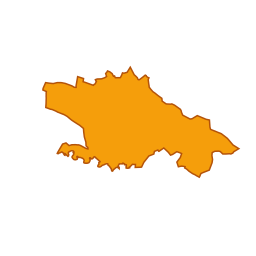 Malam Madori, Jigawa, Nigeria (orthographic projection), rotated 49°
{"feature_id": "59680162B52658055469559", "entity_name": "Malam Madori", "entity_type": "district", "adm_level": 2, "iso_a3": "NGA", "parent_name": "Nigeria", "parent_adm1": "Jigawa", "projection": "orthographic", "projection_center": [9.967, 12.523], "detail": "fine", "context": "isolated", "style": "filled", "palette": "amber", "viewbox_px": 256, "rotation_deg": 49, "n_neighbors": 0, "source": "geoboundaries", "source_scale": "gbopen_adm2", "svg_char_len": 5719}
<svg xmlns="http://www.w3.org/2000/svg" viewBox="0 0 256 256"><g transform="rotate(49 128 128)"><path d="M83.6,86.4L85.4,92.1L84.0,95.1L82.8,96.0L83.2,96.8L83.8,97.8L84.9,100.5L84.9,100.9L84.8,101.0L81.7,104.6L79.9,104.0L79.4,105.0L76.6,104.3L73.6,104.9L71.5,106.0L72.0,107.4L72.2,109.1L75.1,110.4L74.8,112.5L73.5,115.8L70.8,119.1L70.1,120.9L70.1,121.0L70.9,121.1L71.3,121.3L72.0,121.2L72.3,122.0L72.8,122.7L72.8,123.2L73.2,124.3L73.0,124.7L72.9,124.9L72.9,125.3L73.1,126.1L66.0,130.1L63.6,131.5L61.5,129.1L56.2,132.3L58.1,134.6L62.0,139.4L63.3,140.5L62.7,141.2L61.7,142.0L60.5,142.3L59.2,142.8L53.2,146.1L50.1,148.5L47.4,151.5L45.4,155.3L42.4,158.1L39.7,160.4L42.4,166.1L43.5,167.3L46.9,165.7L48.0,166.9L49.1,167.8L50.4,169.0L51.9,170.2L53.5,171.7L55.8,173.8L58.6,176.6L60.7,175.4L62.8,174.3L64.3,173.1L67.8,171.4L70.2,170.5L76.1,167.4L79.3,166.3L83.8,165.6L85.3,165.3L87.9,164.6L92.0,163.4L94.2,162.7L99.1,161.9L101.9,164.0L106.1,166.8L111.1,169.1L113.9,171.3L114.8,171.3L116.2,171.1L116.8,171.3L117.5,172.0L115.7,173.2L110.1,175.3L108.5,176.2L107.7,177.1L106.1,178.6L103.8,181.4L102.6,184.0L98.6,184.6L97.2,187.9L100.3,197.1L100.8,198.1L101.3,197.8L101.7,197.3L101.6,196.9L101.7,196.5L102.0,195.9L102.2,195.2L102.4,194.4L102.5,194.0L102.7,193.6L103.3,193.5L103.7,193.3L104.2,193.2L105.0,193.5L105.8,193.6L106.8,193.7L107.3,193.5L107.2,193.2L106.8,193.2L106.8,192.9L106.4,192.6L106.2,192.6L106.1,193.1L105.7,193.0L105.7,192.5L106.3,192.2L107.1,192.2L108.3,192.1L109.2,192.0L110.0,191.9L110.0,191.2L109.7,190.8L109.1,190.1L108.6,190.0L108.1,189.7L107.7,189.5L107.3,189.0L107.2,188.5L107.3,187.9L107.6,187.6L107.6,187.2L107.6,186.7L107.8,186.3L108.0,185.7L108.4,185.1L109.0,184.7L109.6,184.3L110.6,184.5L110.4,185.4L110.8,185.6L111.5,185.4L112.0,185.9L112.5,187.0L112.6,188.0L113.0,189.1L113.5,189.5L114.0,189.6L114.4,189.6L114.7,189.6L115.0,189.6L116.0,189.6L116.3,189.5L116.6,189.3L117.4,188.7L117.6,188.3L117.8,187.9L118.0,187.6L118.1,187.3L118.2,187.0L118.2,186.8L118.1,186.6L118.0,186.4L117.8,186.3L117.4,185.9L117.1,185.8L116.8,185.7L116.6,185.7L116.3,185.6L116.1,185.4L116.0,185.2L116.1,184.9L116.6,184.6L116.8,184.6L117.0,184.7L117.4,184.7L117.6,184.6L117.8,184.6L118.0,184.4L118.2,184.1L118.4,183.9L118.5,183.7L119.0,183.3L119.3,183.1L119.6,182.9L119.9,182.8L120.3,182.6L120.7,182.3L121.1,182.2L121.5,182.0L121.9,182.0L122.3,182.0L122.6,182.0L123.0,182.1L123.6,182.3L123.8,182.4L123.9,182.6L124.0,182.8L124.5,183.5L125.0,184.0L125.4,184.1L126.1,183.7L126.5,183.4L126.6,183.2L127.0,182.8L127.4,182.4L127.8,181.9L128.2,181.1L128.5,180.4L128.5,180.1L128.4,179.8L128.3,179.4L128.2,179.2L127.9,178.4L127.7,178.0L127.4,177.7L127.0,177.4L126.8,177.2L126.4,177.1L126.0,177.1L125.7,176.9L125.4,176.6L125.4,176.4L125.6,176.2L125.9,175.9L126.0,175.9L126.3,176.1L126.6,176.0L126.9,176.0L127.3,175.9L127.4,175.7L127.7,175.5L127.9,174.8L127.9,174.5L127.8,174.0L127.7,173.8L127.6,173.5L127.5,173.2L127.5,172.8L127.6,172.6L127.7,172.3L127.8,172.0L128.1,171.9L128.5,172.0L129.1,172.1L129.4,171.9L129.8,171.7L130.2,171.7L130.5,171.7L131.5,171.6L133.7,171.3L134.4,171.2L134.9,171.1L135.1,171.2L135.2,171.5L135.0,171.9L134.9,172.6L135.1,172.9L135.4,173.1L135.7,173.3L136.0,173.5L136.3,173.9L136.3,174.3L136.3,174.6L136.6,175.3L136.9,175.7L137.3,176.0L137.6,175.8L138.2,175.6L138.6,175.3L138.9,174.8L139.2,174.2L139.3,173.5L139.3,172.2L139.4,171.6L139.7,171.0L139.9,170.4L140.1,170.0L140.2,169.3L140.4,168.7L140.6,168.3L140.8,167.9L141.0,167.5L141.2,167.3L141.5,167.0L141.8,166.8L142.0,166.8L142.3,167.1L142.5,167.2L142.9,167.4L143.5,167.3L144.4,167.1L144.8,167.1L145.6,167.2L145.9,167.3L146.4,167.3L146.6,167.3L146.8,167.3L147.1,167.4L147.3,167.4L147.5,167.3L148.0,167.5L148.7,168.0L149.1,168.1L149.5,168.3L149.9,168.3L150.2,168.3L150.3,168.0L150.4,167.6L150.3,167.3L150.1,167.0L149.9,166.3L149.8,166.1L150.0,165.8L150.0,164.8L150.0,163.2L150.1,162.7L150.7,161.9L150.9,161.8L151.2,161.6L151.9,161.5L152.6,161.3L152.8,161.3L152.6,161.1L152.5,160.9L152.4,160.8L151.6,160.4L151.3,160.6L151.0,160.9L150.6,161.2L149.8,159.4L149.4,158.1L151.4,155.7L151.2,155.5L151.1,155.1L151.5,154.8L151.5,154.7L152.0,154.6L152.4,154.6L152.6,154.4L152.8,154.4L152.8,154.2L153.0,154.2L153.5,154.6L153.8,154.3L153.8,154.2L154.1,153.9L154.4,153.6L154.5,153.5L154.7,153.4L155.1,153.7L156.0,154.6L155.9,154.7L156.1,154.8L156.7,155.5L157.0,155.7L158.0,154.8L158.1,154.7L158.9,153.5L158.5,153.0L158.6,152.9L158.9,152.6L158.5,152.4L158.5,151.9L158.5,151.0L158.4,149.3L158.3,148.5L158.6,148.2L158.9,147.9L159.2,147.7L159.4,147.4L159.6,147.3L159.7,147.2L159.8,147.0L159.9,146.9L160.0,146.7L160.4,146.3L162.5,148.4L165.1,145.2L165.7,144.4L165.9,144.2L166.4,143.4L164.3,138.6L162.8,130.6L164.6,125.6L163.0,123.4L164.2,119.9L165.1,120.1L165.7,120.1L165.9,120.0L166.6,114.1L172.8,113.5L176.4,113.7L177.2,111.7L177.9,106.7L180.9,105.0L182.5,104.3L184.6,107.9L185.8,113.5L190.3,115.4L191.7,112.9L192.7,111.8L194.6,110.3L195.4,111.4L197.3,110.7L200.7,110.3L204.8,109.2L207.5,108.0L209.0,107.6L210.4,107.0L211.9,106.5L211.5,105.4L211.0,104.5L210.2,102.8L210.9,100.5L213.1,94.3L209.4,87.4L207.3,84.9L203.8,82.7L201.8,80.6L202.5,77.8L204.8,74.9L206.3,73.8L209.8,73.5L211.5,71.6L214.0,68.3L215.1,67.4L215.7,65.4L215.3,63.7L215.9,60.2L216.3,57.9L209.7,59.9L201.0,59.8L193.6,61.3L183.2,66.6L181.1,65.6L175.4,61.3L172.6,63.4L164.1,67.6L163.0,73.7L161.9,75.3L154.2,78.3L151.1,77.3L150.2,76.7L148.3,76.2L141.3,77.9L138.6,79.1L137.9,80.3L134.9,83.4L130.2,84.6L127.8,83.0L123.2,84.1L119.6,84.7L116.9,85.4L113.6,85.4L111.0,85.2L110.1,84.5L108.3,83.4L104.7,81.0L103.9,79.3L103.3,79.6L102.6,79.9L101.2,80.2L100.4,79.9L99.4,80.3L99.3,83.7L99.1,86.6L99.0,87.7L98.3,88.5L97.5,88.5L96.3,88.0L94.1,88.1L91.9,88.4L83.6,86.4Z" fill="#f59e0b" stroke="#b45309" stroke-width="1.5"/></g></svg>